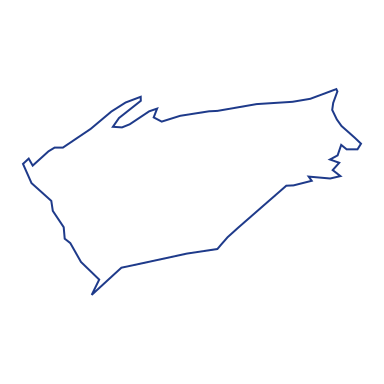 Cumberland, Pennsylvania, United States of America (Robinson projection)
{"feature_id": "52423323B93457289425751", "entity_name": "Cumberland", "entity_type": "district", "adm_level": 2, "iso_a3": "USA", "parent_name": "United States of America", "parent_adm1": "Pennsylvania", "projection": "robinson", "projection_center": [-77.222, 40.136], "detail": "fine", "context": "isolated", "style": "outline", "palette": "blue", "viewbox_px": 384, "rotation_deg": 0, "n_neighbors": 0, "source": "geoboundaries", "source_scale": "gbopen_adm2", "svg_char_len": 886}
<svg xmlns="http://www.w3.org/2000/svg" viewBox="0 0 384 384"><path d="M336.3,89.1L310.3,98.8L292.5,101.8L256.6,104.1L217.4,110.9L209.0,111.3L180.2,115.8L161.7,121.6L153.7,117.4L157.1,108.6L149.2,111.3L129.7,124.3L122.0,127.4L112.9,126.8L119.0,118.0L140.8,100.8L140.7,96.8L125.6,102.5L111.4,111.5L90.8,128.8L62.9,147.6L54.6,147.6L48.5,151.3L32.7,165.6L28.7,158.6L23.0,163.9L31.5,183.1L51.3,200.9L52.8,210.9L63.7,227.2L64.7,238.7L70.3,243.1L81.0,262.0L99.2,279.6L91.7,294.9L113.6,274.8L121.4,267.7L143.4,263.0L186.8,253.6L217.4,249.0L220.7,245.1L227.7,237.1L238.6,227.3L263.7,205.4L286.3,185.7L293.5,185.4L311.7,180.8L308.7,176.6L330.2,178.5L340.4,176.1L332.7,170.1L339.2,162.8L330.0,159.5L337.6,155.4L341.2,144.9L346.6,149.3L357.5,149.3L361.0,143.7L354.7,137.7L341.5,126.0L336.8,119.4L332.2,109.9L333.2,102.9L337.4,91.4L336.3,89.1Z" fill="none" stroke="#1e3a8a" stroke-width="2"/></svg>